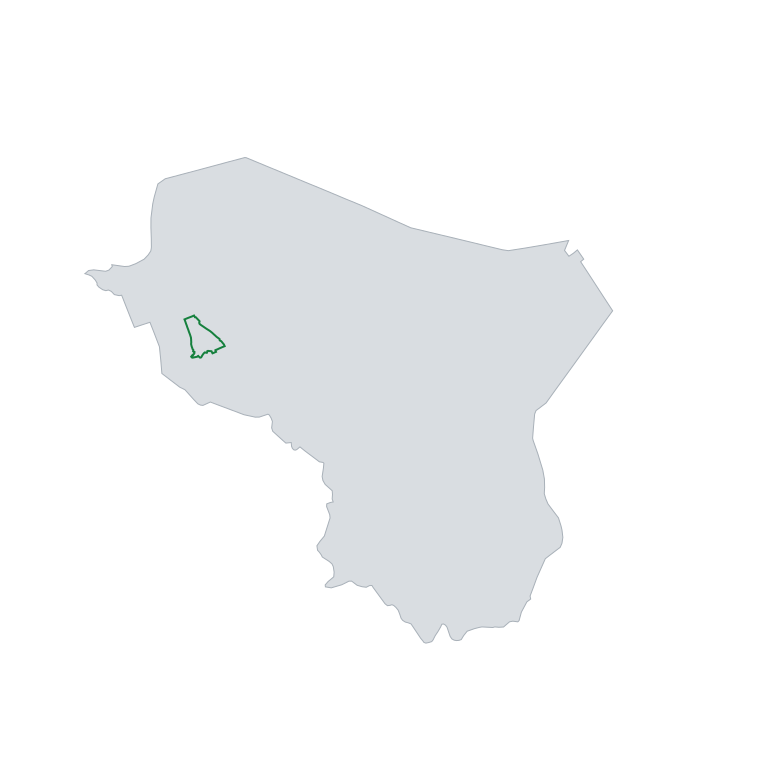 Al-Maimouna, Maysan, Iraq shown in context, rotated 159°
{"feature_id": "34846034B98238894977989", "entity_name": "Al-Maimouna", "entity_type": "district", "adm_level": 2, "iso_a3": "IRQ", "parent_name": "Iraq", "parent_adm1": "Maysan", "projection": "equal_earth", "projection_center": [46.821, 31.466], "detail": "fine", "context": "in_parent", "style": "outline", "palette": "green", "viewbox_px": 768, "rotation_deg": 159, "n_neighbors": 0, "source": "geoboundaries", "source_scale": "gbopen_adm2", "svg_char_len": 4644}
<svg xmlns="http://www.w3.org/2000/svg" viewBox="0 0 768 768"><g transform="rotate(159 384 384)"><path d="M324.1,130.7L328.7,129.4L337.5,121.8L342.7,114.7L344.3,114.0L348.7,116.4L352.0,117.0L359.5,114.3L363.9,115.7L367.6,117.5L369.7,117.7L379.6,122.1L382.1,122.6L387.3,123.2L395.0,123.4L399.9,120.5L403.5,117.7L405.9,117.8L408.3,118.5L410.3,119.7L412.0,121.7L412.7,124.7L412.3,134.3L413.0,136.8L414.4,138.6L416.1,139.0L418.2,136.9L421.9,133.9L426.5,130.6L429.9,127.5L431.8,126.4L434.8,126.6L437.8,127.1L439.4,128.5L439.4,129.0L440.9,133.5L444.7,150.3L447.0,152.4L449.5,154.2L451.3,156.7L452.0,159.2L451.8,163.1L451.8,167.6L452.9,171.1L454.3,173.8L455.7,175.1L457.7,175.2L460.2,175.8L461.8,178.5L467.0,197.7L467.5,200.2L469.7,201.0L473.4,200.6L477.1,202.6L481.2,205.7L484.9,211.6L487.5,212.5L495.4,211.7L506.3,212.6L511.4,215.6L510.9,217.5L507.0,219.6L500.0,222.0L498.0,226.2L496.8,231.6L497.0,234.6L498.7,237.9L503.6,244.6L503.8,247.0L504.7,250.3L505.6,252.6L504.6,257.0L500.1,260.1L494.2,263.4L482.4,278.2L481.5,281.4L481.5,290.1L480.4,292.6L476.6,292.6L473.7,292.1L473.6,295.2L471.7,299.3L470.6,302.9L474.9,311.3L475.6,315.8L474.9,319.8L470.9,326.8L468.5,331.6L469.0,332.6L472.2,334.5L481.9,350.0L485.0,355.4L489.1,354.0L490.7,354.1L491.9,355.0L492.6,356.8L492.6,359.1L491.6,362.6L496.8,364.0L498.7,367.6L504.8,379.7L504.6,383.3L501.6,389.0L501.6,392.8L502.2,396.2L503.2,397.4L512.3,397.8L516.1,399.2L525.6,405.4L536.3,414.9L545.1,422.7L552.6,429.4L560.7,428.9L562.9,430.1L564.9,432.2L567.2,437.7L571.9,450.0L575.8,454.2L581.9,464.1L587.6,473.4L583.9,486.1L580.3,499.3L580.3,516.3L580.4,525.5L588.1,525.9L596.7,526.3L596.9,537.3L597.0,548.3L597.1,560.9L599.6,561.4L603.7,564.1L605.4,568.2L607.6,570.5L610.2,570.8L612.8,572.8L615.4,576.5L616.4,579.3L615.7,581.2L616.3,584.5L618.1,589.2L620.3,591.5L623.7,594.2L619.1,595.8L614.1,594.6L603.5,589.0L600.1,588.9L595.6,591.0L595.4,592.9L584.2,586.7L580.2,585.4L578.8,585.3L572.4,585.3L563.2,586.5L557.9,589.0L554.1,591.7L552.5,594.3L551.9,595.7L549.0,603.5L545.6,613.4L542.1,622.4L535.3,635.1L531.5,640.9L523.4,651.8L514.7,654.0L494.4,651.8L471.9,649.4L449.5,647.1L432.9,645.3L431.6,644.7L415.3,629.2L402.4,617.0L386.3,601.7L369.9,586.2L353.4,570.4L341.3,559.0L326.8,544.3L313.6,530.9L303.1,520.3L289.7,511.1L279.2,503.9L264.0,493.5L251.8,485.1L241.4,477.9L225.4,466.9L220.1,463.9L203.4,460.3L187.5,457.1L171.1,453.9L160.2,451.8L167.6,444.0L165.6,437.0L160.3,438.2L155.4,439.9L152.8,429.0L156.6,427.7L153.5,413.5L150.4,398.9L147.4,384.8L144.3,370.4L158.5,361.2L169.0,354.3L183.7,344.7L197.9,335.4L211.4,326.6L226.3,316.9L239.5,308.2L251.6,304.7L254.1,302.0L259.9,290.2L264.7,280.1L265.0,277.7L265.4,263.4L266.6,246.7L268.3,237.8L271.1,229.9L273.7,224.1L274.1,218.8L273.9,213.3L271.6,205.1L269.1,196.5L269.6,188.2L270.2,183.8L272.0,176.7L274.9,171.6L278.0,168.4L289.3,165.1L296.0,163.1L305.1,154.0L310.5,148.6L318.0,140.0L323.6,133.7L324.0,131.5L324.1,130.7Z" fill="#d9dde1" stroke="#a8b0b8" stroke-width="1"/><path d="M519.2,476.4L519.2,477.1L519.3,478.4L519.5,478.9L519.9,480.1L520.2,481.1L520.6,482.3L521.4,483.1L521.7,483.7L521.4,484.9L522.0,485.9L523.2,487.7L523.9,489.0L524.0,489.3L524.3,489.9L525.0,491.2L526.0,493.3L527.2,495.4L527.6,496.0L528.1,496.7L528.4,497.1L529.9,499.1L532.3,502.6L533.7,504.6L534.6,506.1L534.6,507.3L533.7,508.7L534.0,509.5L535.8,513.8L536.6,514.1L536.6,514.6L536.7,514.9L536.8,516.0L537.7,516.0L538.3,515.9L541.2,515.9L543.6,515.9L547.1,515.8L547.1,513.6L547.2,511.3L547.2,509.4L547.3,507.5L547.3,505.7L547.3,504.3L547.4,502.8L547.4,501.3L547.4,499.7L547.5,498.1L547.6,496.5L548.0,495.1L548.3,494.0L548.5,493.7L548.9,492.2L549.3,491.4L549.8,490.3L549.9,489.4L550.1,488.0L550.1,486.6L550.2,485.2L549.8,483.9L550.5,483.0L550.1,482.1L549.5,481.8L549.9,480.8L550.5,480.2L551.4,480.0L551.8,479.4L552.3,479.1L552.7,479.5L553.4,479.1L554.2,478.6L553.9,477.8L553.6,477.3L552.8,477.1L551.8,476.9L550.9,476.8L550.0,476.6L549.1,476.5L548.7,476.4L548.1,476.6L547.7,476.8L547.4,476.8L547.3,476.3L546.9,475.7L546.7,475.2L546.5,474.8L546.2,474.5L545.6,474.4L545.1,474.4L544.6,474.8L544.1,475.2L543.7,475.6L543.1,476.0L542.6,476.4L541.9,476.8L541.3,477.2L540.8,477.4L540.0,477.7L539.6,477.5L539.0,477.0L538.4,476.7L538.2,476.6L537.8,476.9L537.5,477.5L537.2,478.0L536.4,478.0L535.6,477.5L534.9,477.2L534.3,476.9L533.7,476.6L533.3,476.4L533.2,475.5L533.2,474.8L533.1,474.1L532.4,474.1L531.5,474.1L530.8,474.2L530.1,474.2L529.3,474.2L529.3,475.2L529.3,476.0L528.4,476.1L528.1,476.1L527.6,476.0L526.6,476.1L525.7,476.2L524.7,476.2L524.1,476.3L523.5,476.3L522.7,476.3L521.8,476.4L521.1,476.4L520.4,476.4L519.7,476.4L519.2,476.4Z" fill="none" stroke="#15803d" stroke-width="2"/></g></svg>